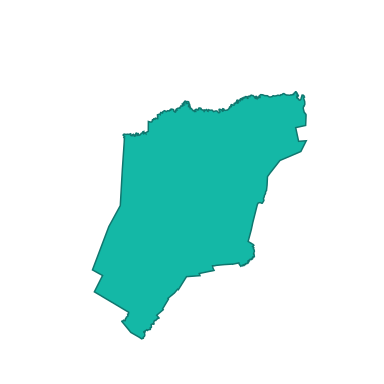 the district of Tormac, Timis, Romania, rotated 311°
{"feature_id": "2599482B36761723771512", "entity_name": "Tormac", "entity_type": "district", "adm_level": 2, "iso_a3": "ROU", "parent_name": "Romania", "parent_adm1": "Timis", "projection": "mercator", "projection_center": [21.482, 45.522], "detail": "fine", "context": "isolated", "style": "filled", "palette": "teal", "viewbox_px": 384, "rotation_deg": 311, "n_neighbors": 0, "source": "geoboundaries", "source_scale": "gbopen_adm2", "svg_char_len": 6098}
<svg xmlns="http://www.w3.org/2000/svg" viewBox="0 0 384 384"><g transform="rotate(311 192 192)"><path d="M305.6,244.6L300.2,239.2L308.6,228.0L316.8,234.1L324.3,228.1L325.2,227.3L325.5,226.6L325.4,225.9L325.8,225.1L325.7,224.5L328.0,221.2L329.2,220.3L330.3,220.3L330.5,219.9L331.0,220.0L331.9,219.8L333.0,218.9L334.3,217.6L335.8,215.0L336.5,214.5L337.4,214.6L337.4,214.3L338.1,213.3L338.0,212.2L337.4,211.5L336.2,212.0L336.0,212.5L335.3,212.4L333.3,213.4L332.2,213.3L331.8,212.9L331.9,212.5L331.7,211.9L332.1,211.4L331.9,210.2L332.1,209.9L331.9,209.5L332.0,209.2L333.1,209.3L332.9,208.6L333.0,208.2L334.3,209.0L334.7,208.9L334.8,208.6L334.6,207.7L334.7,207.4L335.0,207.3L334.9,206.9L335.6,206.5L335.2,205.7L335.9,205.0L335.7,204.6L335.5,204.3L334.7,204.5L333.3,204.2L332.2,204.8L331.8,204.0L330.7,203.7L330.2,202.9L329.0,202.2L327.9,200.5L327.3,200.1L326.7,197.9L326.6,196.8L325.9,196.2L324.6,196.1L323.7,195.2L322.9,195.4L322.5,195.2L322.2,194.4L321.0,193.0L320.2,192.7L318.7,191.5L318.0,190.2L317.5,189.9L316.8,190.0L314.8,188.6L314.4,187.8L314.1,185.7L312.4,183.6L311.8,181.7L310.6,180.0L308.7,179.7L308.6,179.9L308.5,180.9L308.0,181.3L307.7,180.9L307.4,179.8L307.2,179.7L306.7,179.6L306.4,180.2L305.8,179.6L305.0,179.9L305.1,179.2L306.0,178.8L306.4,178.2L306.3,177.6L305.6,177.4L305.0,177.5L304.7,178.3L304.4,178.4L304.3,177.7L304.8,176.4L304.8,174.6L304.1,174.0L304.0,173.2L302.9,172.7L301.9,173.1L301.5,172.0L301.0,171.7L300.3,171.7L299.5,172.7L299.1,172.5L299.0,172.2L299.4,171.8L299.8,170.7L299.0,169.7L297.7,170.1L297.6,169.9L297.6,169.2L296.4,169.4L296.4,168.6L295.8,168.3L294.8,169.3L294.5,168.6L294.6,167.8L294.1,167.5L293.1,168.6L292.6,168.6L292.7,167.6L292.3,167.3L291.4,167.4L290.6,168.0L290.5,167.4L291.2,166.2L291.1,165.9L290.6,165.7L289.6,166.4L289.3,168.1L289.1,168.3L288.8,168.0L288.8,166.9L288.6,166.3L287.3,166.7L286.9,165.8L286.5,165.7L285.2,166.7L284.4,166.0L284.1,164.7L283.6,164.3L282.7,164.6L282.4,165.6L282.2,165.7L280.9,164.6L280.4,164.7L280.0,165.3L277.2,165.0L275.3,163.5L275.0,162.8L275.5,161.5L275.1,160.6L274.6,160.6L274.1,160.9L274.0,162.3L273.1,162.2L273.0,161.8L273.3,160.5L272.7,158.7L272.3,158.3L271.8,158.4L271.2,159.3L271.2,160.0L270.9,160.5L270.1,160.7L269.4,160.3L269.2,159.6L269.6,158.5L269.3,157.4L268.7,156.7L266.8,155.5L267.0,153.5L265.3,151.7L265.1,150.6L264.3,150.7L263.4,151.2L263.2,150.7L263.9,149.3L263.8,148.8L262.4,148.4L262.1,147.6L261.7,147.7L261.2,148.3L260.8,148.3L261.3,147.2L261.3,146.7L260.8,146.3L260.6,145.3L260.2,144.6L261.0,144.1L261.0,143.6L260.1,142.2L259.4,142.1L258.3,143.0L257.4,142.2L256.8,142.4L257.5,141.7L257.2,140.8L255.6,140.4L255.3,140.7L255.1,141.8L254.4,141.1L254.9,140.4L254.7,139.9L254.1,139.6L254.3,137.9L254.7,136.8L253.8,136.0L254.5,135.4L254.4,134.5L255.1,134.7L255.7,133.8L254.5,133.1L254.9,132.8L256.0,133.0L256.6,132.7L256.6,132.2L256.2,131.6L256.0,130.9L257.2,131.3L257.8,130.4L257.7,129.8L257.1,129.0L256.4,128.8L255.5,129.1L256.4,128.1L256.4,127.6L255.8,127.0L255.2,127.0L254.4,127.7L254.0,127.1L253.6,127.1L252.9,128.3L252.4,128.8L252.3,128.6L252.5,127.2L252.0,126.9L250.9,128.5L250.2,128.1L249.8,127.2L249.0,127.6L248.0,127.3L247.3,127.8L246.8,127.1L245.8,126.3L244.3,125.8L244.0,125.9L243.9,126.8L242.9,126.0L242.0,127.1L241.3,127.0L241.1,126.5L241.3,125.6L241.1,125.1L242.0,124.0L241.8,123.1L241.0,122.5L241.0,121.9L240.6,121.7L239.6,122.2L239.2,121.5L238.2,121.6L237.4,120.3L235.7,119.8L235.5,118.3L235.2,117.8L232.8,117.2L232.5,117.4L232.5,117.8L232.3,117.9L231.4,116.2L229.7,117.1L229.8,116.6L227.6,115.3L226.0,116.9L226.1,117.0L225.3,117.3L224.9,118.0L224.5,117.7L223.8,116.0L223.2,115.8L222.6,116.3L222.0,115.1L221.2,115.5L220.6,114.8L219.0,115.6L218.4,115.6L217.4,114.6L216.6,112.8L209.1,119.2L206.3,118.1L205.7,118.9L205.5,116.9L205.2,116.8L204.5,117.4L204.2,117.4L204.2,117.1L204.4,116.7L206.0,115.9L205.3,115.4L204.3,115.9L203.1,115.2L201.4,115.4L200.0,114.9L200.0,114.4L200.7,113.5L200.8,113.2L200.3,113.0L199.0,113.8L198.6,113.4L200.0,112.2L200.2,111.7L199.8,111.2L198.1,111.5L197.1,112.4L196.5,112.2L196.3,111.5L197.0,110.4L197.1,109.9L196.3,109.6L195.1,109.9L194.5,108.8L194.7,108.2L195.5,108.1L195.7,107.5L194.1,106.6L193.3,105.4L192.1,104.4L191.2,102.8L190.3,102.5L189.7,102.8L189.6,104.7L188.4,104.7L188.1,105.8L187.2,106.5L187.3,106.5L163.5,124.5L134.7,146.8L111.4,151.9L67.9,168.0L70.3,179.3L52.6,183.8L59.7,223.1L58.2,224.1L57.5,223.6L56.5,225.0L54.3,224.6L53.5,225.1L52.8,224.9L51.1,226.0L50.7,225.7L50.7,225.1L49.8,224.6L49.9,224.4L49.3,224.4L48.6,223.8L48.3,223.9L45.9,238.0L47.8,247.6L48.1,250.3L49.7,251.2L50.3,250.6L51.9,250.8L53.0,250.3L54.7,248.4L54.6,247.5L54.8,247.3L55.4,247.5L55.7,248.3L56.7,247.7L57.5,248.2L58.3,248.2L58.4,249.3L59.1,249.2L60.9,250.7L61.4,250.5L62.0,249.6L62.4,249.6L63.0,250.1L63.5,250.0L65.2,248.1L65.9,248.6L66.7,248.7L66.8,249.5L67.3,249.9L67.8,249.6L68.4,248.7L70.3,248.0L71.3,249.0L72.2,248.8L73.1,249.1L74.0,248.8L74.6,249.2L74.8,249.8L75.3,249.8L75.8,246.2L84.3,247.5L84.5,246.5L95.8,244.5L96.0,243.6L104.2,245.0L109.2,244.9L109.3,245.8L124.5,243.4L134.1,252.9L135.2,250.9L147.3,260.1L148.3,257.7L149.8,255.9L151.1,257.4L152.5,258.4L158.2,263.8L164.0,269.7L164.0,269.9L169.2,273.9L168.5,275.0L167.9,277.5L168.5,277.6L169.4,278.6L169.9,278.2L170.3,278.8L171.0,278.7L171.4,279.1L171.1,279.5L172.0,279.6L172.3,279.9L173.0,279.4L173.4,280.0L174.0,280.5L174.7,280.3L175.0,280.9L175.3,280.8L175.1,280.4L175.4,280.2L176.0,280.7L176.5,279.9L177.4,280.5L177.6,280.1L177.5,279.7L178.7,280.1L179.1,280.0L179.3,280.6L180.1,280.5L180.7,280.8L180.4,281.3L181.3,281.5L182.1,281.2L182.3,280.7L182.8,281.0L183.2,280.6L183.5,280.8L183.7,281.4L184.1,281.5L185.5,279.9L185.4,279.6L185.9,279.5L185.9,278.9L188.3,277.9L189.4,276.3L189.4,275.6L189.9,275.2L190.3,275.2L190.2,274.9L190.7,274.4L190.6,273.5L192.4,273.6L192.5,272.6L191.5,266.8L202.4,261.5L208.7,258.0L225.5,249.5L227.2,249.2L228.7,250.3L229.3,252.1L229.7,252.4L232.5,251.9L233.1,251.6L233.5,250.7L234.2,250.1L235.7,249.7L236.9,248.9L239.0,248.5L240.6,247.3L241.9,247.3L246.5,244.1L253.1,238.9L257.3,238.5L273.5,237.7L294.0,247.6L305.6,244.6Z" fill="#14b8a6" stroke="#0f766e" stroke-width="1.5"/></g></svg>